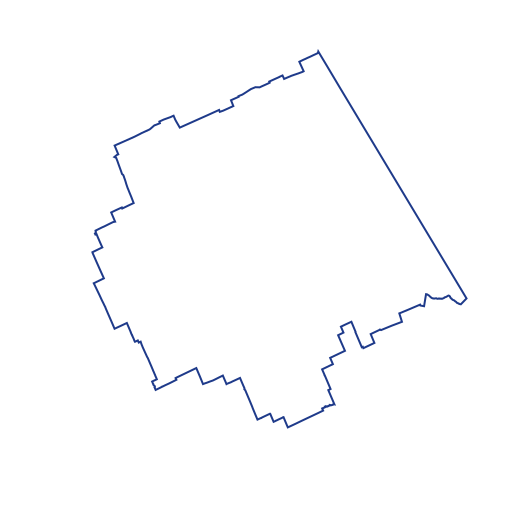 Paroo, Queensland, Australia, rotated 239°
{"feature_id": "25037944B13506382949724", "entity_name": "Paroo", "entity_type": "district", "adm_level": 2, "iso_a3": "AUS", "parent_name": "Australia", "parent_adm1": "Queensland", "projection": "equal_earth", "projection_center": [145.53, -27.987], "detail": "fine", "context": "isolated", "style": "outline", "palette": "blue", "viewbox_px": 512, "rotation_deg": 239, "n_neighbors": 0, "source": "geoboundaries", "source_scale": "gbopen_adm2", "svg_char_len": 5791}
<svg xmlns="http://www.w3.org/2000/svg" viewBox="0 0 512 512"><g transform="rotate(239 256 256)"><path d="M308.0,414.6L346.6,414.6L356.2,414.6L383.3,414.7L390.9,414.7L399.2,414.7L398.8,414.3L398.1,413.4L398.3,411.2L398.6,408.6L398.8,406.4L399.0,404.4L399.3,402.2L399.5,399.9L399.8,397.7L400.0,395.4L400.2,393.2L399.6,393.1L389.8,392.0L389.8,391.6L390.0,390.0L390.3,388.5L390.5,387.4L390.6,386.9L390.8,385.8L391.1,384.6L391.2,384.0L391.7,381.8L391.9,380.7L392.3,378.9L392.3,378.5L392.7,375.8L393.3,371.3L393.9,371.4L397.1,371.7L397.5,368.4L397.4,368.3L398.0,363.4L398.7,357.2L397.5,357.0L397.6,355.6L398.1,351.2L398.4,348.9L398.7,346.0L401.0,342.4L401.7,337.6L401.4,329.0L401.4,327.2L401.8,324.9L402.0,323.3L401.4,323.1L401.7,320.5L402.2,316.5L402.4,314.8L396.2,313.8L397.1,306.0L397.5,302.6L397.7,301.7L397.8,301.4L397.8,301.1L398.2,299.2L400.2,299.6L400.4,297.8L401.8,285.7L402.6,279.2L405.3,256.8L412.1,256.9L414.5,257.0L418.7,257.6L418.8,256.9L418.9,256.4L418.9,256.2L418.9,255.9L419.1,254.2L420.5,247.1L421.0,242.4L419.3,242.0L420.1,237.0L420.2,236.9L420.3,236.0L419.4,231.0L419.3,229.8L420.3,220.9L420.3,220.0L420.8,213.5L420.8,213.4L422.5,199.5L423.5,191.7L414.1,190.3L414.3,188.9L414.0,187.1L414.0,186.9L413.8,185.6L412.1,186.7L410.5,186.4L408.7,186.1L406.3,185.6L404.3,185.2L398.1,184.0L395.3,183.4L393.8,183.9L392.3,183.7L391.4,183.5L391.2,183.4L390.0,183.2L389.1,183.0L387.3,182.6L384.6,181.9L383.3,181.6L382.8,181.5L380.5,181.0L379.0,180.8L376.0,180.3L374.0,180.0L371.3,179.6L370.1,179.4L369.0,179.2L365.0,178.5L364.4,178.4L364.9,173.5L365.4,167.9L365.6,165.8L366.7,166.0L367.0,163.4L367.5,158.9L367.7,156.6L367.8,155.5L367.9,154.3L365.1,153.9L362.2,153.5L359.4,153.1L358.0,152.9L358.2,152.4L358.7,150.9L358.9,148.6L359.1,146.3L359.5,141.2L359.8,138.9L360.3,132.8L360.4,131.6L359.7,131.5L359.2,130.8L358.0,130.7L358.1,129.5L357.1,129.4L357.0,130.6L353.1,130.0L350.7,129.7L348.5,129.4L344.4,128.9L342.5,128.7L342.7,126.9L343.0,123.5L343.5,117.7L342.8,117.5L332.6,116.2L326.1,115.4L315.2,114.1L316.2,102.9L312.6,102.6L302.9,101.7L297.5,101.1L293.6,100.8L291.7,100.6L289.7,100.5L289.5,100.4L287.6,100.1L283.9,99.6L273.1,98.2L266.5,97.3L266.3,99.2L265.8,103.8L265.1,110.8L255.0,109.4L254.9,109.3L253.6,109.1L251.8,108.9L251.8,109.0L249.9,108.7L248.0,108.5L246.9,108.3L245.9,108.1L245.3,108.1L244.8,108.1L244.5,111.2L242.2,110.9L242.0,113.0L239.3,112.4L238.8,112.3L237.8,112.2L237.3,112.1L236.9,112.0L230.2,111.2L228.3,111.0L225.7,110.7L224.2,110.7L218.5,109.9L214.7,109.4L212.8,109.1L211.8,109.0L210.9,108.8L209.0,108.6L207.1,108.3L205.9,108.2L205.2,108.0L203.3,107.8L201.4,107.5L201.6,105.5L201.8,103.5L201.9,102.3L199.3,101.9L199.1,102.0L198.7,101.8L198.0,101.7L197.5,101.9L197.2,102.1L196.9,102.2L196.6,102.1L195.9,102.0L195.8,101.9L195.7,101.4L192.9,101.0L192.5,105.2L192.3,107.9L192.4,108.1L192.4,108.5L192.2,108.8L192.0,111.4L191.5,116.0L191.2,119.7L190.9,124.0L192.8,124.2L192.8,124.5L192.6,126.7L190.7,147.1L189.2,146.9L184.9,146.3L181.9,145.9L173.5,144.6L173.2,146.4L172.7,148.6L172.2,151.4L172.0,152.5L171.7,153.9L171.5,154.8L171.4,155.9L171.2,158.4L170.9,162.4L170.7,164.7L170.6,166.0L166.3,165.4L163.9,165.1L161.4,164.7L161.4,165.3L161.0,167.8L160.7,169.4L160.6,171.2L160.4,172.9L159.7,179.5L155.5,178.9L151.1,178.3L148.5,178.0L147.9,177.4L147.1,177.5L146.5,177.7L143.9,177.3L134.7,176.0L128.7,175.1L127.2,174.8L119.9,173.7L115.0,173.0L114.6,176.7L114.4,177.0L114.4,177.5L114.5,177.8L113.6,186.8L113.3,186.9L104.8,185.7L104.6,187.3L104.6,188.1L104.5,188.5L104.3,190.7L104.3,190.8L103.8,195.5L103.9,195.8L103.9,196.0L103.7,196.6L95.6,195.4L92.7,195.0L91.8,203.7L91.2,210.3L89.4,228.3L88.9,233.9L91.3,234.2L91.3,234.5L91.2,234.8L91.0,235.4L91.0,235.8L90.9,236.1L90.9,236.5L90.8,237.1L90.8,237.3L91.4,237.5L91.2,238.0L91.3,238.5L90.9,238.7L90.8,238.9L90.5,238.9L90.3,239.5L90.1,239.8L90.3,240.2L90.3,240.6L90.1,240.9L90.2,241.1L90.2,241.4L90.0,241.7L90.1,241.9L90.0,242.1L90.2,242.5L89.9,243.0L89.5,243.1L89.4,243.2L89.4,243.3L89.5,243.3L89.4,243.4L89.2,244.1L89.1,244.4L89.1,244.7L88.9,245.1L89.1,245.8L89.0,246.0L88.7,246.2L88.6,246.7L88.5,246.8L103.8,248.9L103.6,251.4L116.4,253.2L117.9,253.4L118.0,253.3L118.3,253.3L118.5,253.3L118.8,253.5L124.8,254.3L123.7,266.2L130.5,267.1L128.9,283.4L139.0,284.7L145.8,285.6L145.3,291.5L151.7,292.4L151.2,297.5L150.5,303.9L139.8,302.3L139.6,302.0L123.3,299.7L123.2,300.8L121.7,300.6L120.5,312.7L130.0,314.1L129.0,324.2L129.1,324.3L128.9,324.6L128.2,324.9L128.1,325.0L126.3,336.8L126.0,338.4L125.6,340.6L125.2,342.8L124.8,345.0L124.4,347.2L133.0,349.3L131.6,358.6L129.8,371.6L128.9,371.4L126.4,374.2L131.6,378.6L135.7,382.1L135.2,382.7L134.7,383.1L133.8,383.5L133.4,383.7L132.9,384.0L131.4,384.3L131.0,384.5L130.3,384.7L129.7,384.9L129.0,385.4L128.7,385.6L128.3,386.2L128.0,386.4L127.7,386.8L127.6,387.2L127.4,387.7L127.2,388.0L127.0,388.6L126.7,388.9L126.3,389.1L126.0,389.3L125.8,389.7L125.6,390.1L125.4,390.5L125.4,390.8L125.4,391.0L125.2,391.2L125.0,391.4L124.7,391.5L124.5,391.8L124.4,392.1L124.4,392.3L124.3,392.6L124.0,392.9L123.8,393.0L123.5,393.3L123.5,393.7L123.4,394.2L123.2,395.1L123.2,395.6L123.4,396.1L123.4,396.3L123.3,396.8L123.1,397.2L123.1,397.6L123.0,398.0L123.0,398.4L123.0,398.7L123.0,400.4L122.9,400.7L122.6,400.9L122.3,401.2L122.0,401.3L121.4,401.3L121.2,401.4L120.9,401.3L120.2,401.2L119.9,401.2L119.6,401.3L119.0,401.6L118.8,401.5L118.3,401.7L118.0,401.8L117.7,401.8L117.4,402.0L117.1,402.1L116.9,402.2L116.4,402.6L116.2,402.8L115.7,403.1L115.4,403.2L115.1,403.2L114.9,403.3L114.5,403.4L113.9,403.8L113.3,404.0L112.8,404.0L112.4,404.1L112.2,404.2L111.7,404.7L111.3,404.9L111.0,405.0L110.9,405.3L110.1,405.6L109.9,405.8L109.3,406.5L109.1,406.7L109.7,409.0L110.9,413.5L111.2,414.6L147.9,414.6L152.4,414.6L211.4,414.6L217.2,414.6L279.0,414.6L308.0,414.6Z" fill="none" stroke="#1e3a8a" stroke-width="2"/></g></svg>